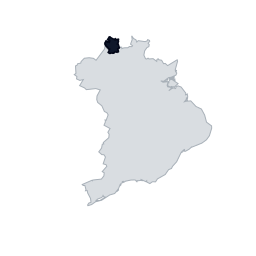 location of São Gabriel da Cachoeira, Amazonas, Brazil, rotated 28°
{"feature_id": "56859067B34307291662166", "entity_name": "São Gabriel da Cachoeira", "entity_type": "district", "adm_level": 2, "iso_a3": "BRA", "parent_name": "Brazil", "parent_adm1": "Amazonas", "projection": "natural_earth1", "projection_center": [-67.662, 0.359], "detail": "fine", "context": "in_parent", "style": "filled", "palette": "ink", "viewbox_px": 256, "rotation_deg": 28, "n_neighbors": 0, "source": "geoboundaries", "source_scale": "gbopen_adm2", "svg_char_len": 5906}
<svg xmlns="http://www.w3.org/2000/svg" viewBox="0 0 256 256"><g transform="rotate(28 128 128)"><path d="M79.9,58.5L82.0,60.6L84.5,59.6L85.3,60.9L86.8,59.1L90.2,57.2L91.0,55.4L93.2,54.4L93.4,53.2L90.9,52.8L90.2,48.0L88.0,44.9L90.9,46.4L93.6,46.4L95.4,48.0L96.0,46.1L102.6,43.7L104.0,42.1L103.9,40.7L105.9,40.6L106.5,41.3L105.9,43.7L107.6,44.4L108.2,46.4L107.0,48.0L106.5,52.0L107.8,56.2L110.9,58.6L112.2,58.3L112.9,56.9L114.1,57.2L117.6,55.0L122.1,55.7L121.4,53.9L122.1,52.7L123.0,53.3L125.9,52.4L129.2,54.5L130.6,53.5L133.7,54.3L139.4,44.7L140.4,45.7L142.4,54.5L143.4,55.8L145.3,56.6L145.5,58.8L142.2,63.0L140.2,64.4L137.5,70.1L134.8,71.0L137.6,71.1L141.7,68.2L142.5,71.9L143.6,73.0L147.8,71.8L146.5,75.9L148.2,72.6L150.1,70.7L151.1,71.2L151.5,70.6L151.1,69.1L152.4,67.3L155.7,66.9L162.7,70.1L163.2,71.7L164.2,70.6L165.8,71.8L166.2,73.2L165.4,74.1L165.7,74.6L166.6,73.7L166.8,74.6L166.0,75.5L165.5,78.3L166.6,77.2L167.4,75.1L167.5,76.6L170.7,74.6L178.0,77.1L183.9,76.8L189.6,80.6L194.6,86.0L200.8,86.9L202.0,88.9L203.5,96.6L202.8,101.6L200.3,106.7L193.3,115.0L193.3,114.3L191.9,118.1L189.7,121.5L188.7,122.0L188.0,120.5L187.4,121.2L186.4,124.8L186.8,135.0L185.3,140.9L185.4,143.3L183.4,145.7L182.7,151.6L177.9,159.1L177.6,162.6L174.8,164.0L173.4,166.8L170.0,166.9L169.3,165.8L169.0,167.0L163.6,167.3L163.9,168.3L160.4,170.7L158.5,170.6L155.0,172.6L150.7,176.2L149.8,177.9L149.1,177.3L148.8,178.0L147.8,177.7L149.0,178.7L148.0,179.9L147.6,181.8L148.1,185.9L147.0,192.1L143.3,195.7L138.6,204.2L134.3,208.1L134.3,206.8L137.2,205.2L140.0,200.5L140.1,199.7L138.4,200.2L137.4,198.7L137.9,200.2L137.3,201.9L134.7,204.8L133.8,207.1L134.0,208.3L131.8,212.7L129.1,215.4L128.5,215.0L128.6,212.8L130.2,210.9L128.0,207.8L122.9,204.3L121.4,202.4L119.9,203.4L119.8,202.1L116.9,199.0L115.5,199.8L114.1,199.4L120.6,191.2L121.4,191.3L121.3,190.5L128.5,185.6L129.2,181.6L128.0,178.7L125.7,178.6L127.3,171.8L125.9,170.7L122.9,171.3L121.7,164.2L119.2,162.9L117.4,163.8L113.4,162.8L114.1,158.1L112.9,154.3L114.1,153.5L113.0,152.4L115.6,145.6L114.3,142.4L112.2,141.2L112.4,136.9L105.5,136.8L105.2,133.3L104.0,131.6L105.1,131.5L104.3,125.7L102.1,124.4L99.4,124.5L94.5,120.7L89.3,119.7L87.1,117.6L85.6,114.3L85.6,107.4L81.1,108.3L73.2,113.7L70.9,113.0L65.4,113.3L65.8,106.2L63.1,108.6L59.5,108.8L58.7,106.5L55.5,106.1L56.4,104.2L52.5,97.8L53.5,96.7L53.4,94.9L55.8,92.9L55.4,91.3L56.7,86.9L60.7,84.2L64.8,82.7L68.0,83.2L70.2,69.4L69.3,66.3L67.6,64.6L67.6,61.4L71.1,61.1L70.5,59.3L68.4,59.3L68.4,56.4L74.9,56.3L74.8,55.1L75.8,56.2L77.9,54.6L79.0,56.4L79.1,58.7L79.9,58.5ZM144.2,64.5L151.4,65.3L149.6,70.2L148.3,70.3L148.1,71.2L147.0,70.8L145.9,72.0L143.2,72.0L142.2,69.6L142.9,68.9L142.1,68.1L142.6,65.2L144.2,64.5ZM138.1,70.4L139.2,66.9L140.3,66.4L140.2,68.6L138.1,70.4ZM146.2,62.8L145.5,64.1L143.8,63.8L144.1,63.0L146.2,62.8ZM143.7,61.4L143.4,64.0L142.7,63.8L143.7,61.4ZM147.3,64.5L146.3,64.7L145.8,64.4L147.1,63.6L147.3,64.5ZM142.6,64.6L141.6,65.5L141.1,65.0L141.9,64.2L142.6,64.6ZM144.5,62.3L144.1,61.7L144.9,61.2L145.0,61.7L144.5,62.3ZM144.0,55.3L143.4,55.5L143.2,54.5L143.8,54.4L144.0,55.3ZM148.3,188.5L148.1,187.6L148.6,186.9L148.8,187.1L148.3,188.5ZM161.0,170.3L161.1,171.3L160.4,171.1L161.0,170.3ZM148.2,182.4L147.9,181.9L148.4,181.3L148.5,181.5L148.2,182.4ZM166.4,76.6L166.0,77.6L166.4,76.2L166.4,76.6ZM188.3,122.1L187.6,122.4L188.1,121.6L188.3,122.1ZM165.5,167.7L164.8,168.0L164.7,167.8L165.1,167.4L165.5,167.7ZM187.1,124.0L186.8,124.5L186.6,124.2L187.1,124.0ZM164.5,69.7L164.6,70.2L164.4,70.1L164.5,69.7Z" fill="#d9dde1" stroke="#a8b0b8" stroke-width="1"/><path d="M76.7,70.8L77.0,70.7L77.3,70.5L77.4,70.4L77.5,70.3L77.5,70.1L78.0,69.7L78.3,69.6L78.6,69.4L79.0,69.1L79.3,69.2L79.5,69.2L79.8,69.0L79.7,68.8L79.6,68.7L79.7,68.4L79.9,68.4L80.1,68.3L80.3,68.4L80.5,68.3L80.5,68.0L80.5,67.8L80.6,67.7L80.6,67.4L80.6,67.2L80.8,66.9L81.0,66.8L81.1,66.7L81.3,66.7L81.5,66.5L82.0,66.6L82.2,66.4L82.3,66.2L82.5,66.2L82.8,66.2L82.8,65.9L83.0,65.7L83.3,65.6L83.5,65.5L83.7,65.4L83.7,65.2L83.6,64.8L83.4,64.8L83.3,65.1L83.2,65.1L83.1,64.9L83.0,64.7L82.9,64.7L83.0,64.7L82.9,64.6L83.0,64.4L82.8,64.3L82.8,64.2L82.9,63.9L82.7,63.7L82.4,63.5L82.2,63.5L82.2,63.4L81.9,63.2L81.9,63.3L81.8,63.2L81.7,63.1L81.8,63.0L81.8,62.9L82.0,62.8L82.1,62.7L82.2,62.4L82.2,62.2L82.2,61.9L82.3,61.9L82.4,61.7L82.5,61.7L82.8,61.5L82.8,61.4L82.8,61.2L82.7,61.2L82.4,61.0L82.3,60.8L82.1,60.7L80.0,58.5L79.1,58.8L79.1,58.6L79.1,58.1L79.2,57.6L79.1,56.7L79.1,56.3L79.0,56.0L78.8,55.7L78.5,55.7L78.4,55.6L78.2,54.9L78.1,54.2L77.9,54.0L77.7,54.1L77.4,54.4L77.3,54.6L77.2,54.7L77.1,54.9L77.1,55.0L76.9,55.0L76.6,54.9L76.3,55.2L76.1,55.4L76.0,55.5L75.9,55.5L75.9,55.8L75.7,55.8L75.4,55.5L75.2,55.5L75.2,55.4L75.1,55.2L74.9,55.1L74.6,55.4L74.6,55.6L74.6,55.8L74.6,56.0L74.8,56.0L75.0,56.2L75.0,56.3L71.0,56.3L70.2,56.3L70.1,56.2L69.9,56.1L69.6,56.0L69.3,56.2L69.3,56.3L69.2,56.2L69.1,56.3L69.1,56.2L68.9,56.2L68.7,56.3L68.5,59.2L68.8,59.0L69.0,59.0L69.4,59.1L69.5,59.1L69.8,59.2L70.0,59.2L70.0,59.3L70.3,59.1L70.5,59.1L70.6,59.3L70.9,59.5L71.1,59.7L71.1,59.8L71.0,60.0L71.1,60.3L71.2,60.5L71.2,60.9L71.3,61.1L71.2,61.1L70.9,61.3L70.7,61.3L70.6,61.2L70.4,61.2L70.3,61.3L70.3,61.2L70.1,61.1L70.0,60.9L69.9,60.8L69.9,60.7L69.8,60.8L69.7,60.9L69.7,61.0L69.4,61.1L69.2,61.0L68.9,61.1L68.9,61.3L68.8,61.2L68.6,61.5L68.6,61.4L68.4,61.4L68.2,61.4L68.1,61.5L67.9,61.5L67.7,61.5L67.7,63.7L67.8,63.7L67.9,63.8L67.9,64.0L68.0,64.1L68.1,64.4L68.2,64.5L68.3,64.7L68.6,64.5L68.6,64.4L68.8,64.5L68.9,64.8L69.1,64.8L69.4,65.0L69.4,65.3L69.4,65.5L69.5,65.5L69.8,65.6L69.8,65.8L70.1,65.8L70.3,66.0L70.5,66.2L70.6,66.3L70.9,66.3L71.0,66.4L71.3,66.4L71.5,66.2L71.6,66.3L71.6,66.2L71.8,66.2L72.0,66.2L72.3,66.3L72.6,66.5L72.9,66.6L73.0,66.8L73.2,67.0L73.4,67.3L73.6,67.4L73.8,67.4L74.0,67.3L74.2,67.2L74.3,67.2L74.5,67.1L74.8,67.0L75.0,70.6L75.4,70.6L75.5,70.6L75.9,70.8L76.1,70.8L76.2,70.7L76.4,70.7L76.6,70.8L76.7,70.8Z" fill="#0f172a" stroke="#020617" stroke-width="1.5"/></g></svg>